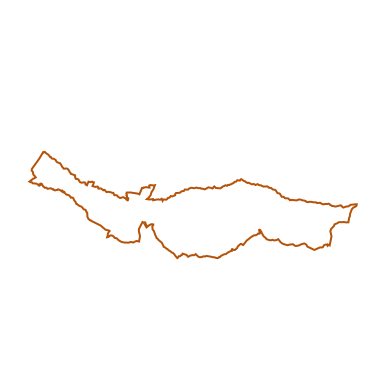 Stefesti, Prahova, Romania, rotated 130°
{"feature_id": "2599482B54768609949993", "entity_name": "Stefesti", "entity_type": "district", "adm_level": 2, "iso_a3": "ROU", "parent_name": "Romania", "parent_adm1": "Prahova", "projection": "albers", "projection_center": [25.865, 45.269], "detail": "fine", "context": "isolated", "style": "outline", "palette": "amber", "viewbox_px": 384, "rotation_deg": 130, "n_neighbors": 0, "source": "geoboundaries", "source_scale": "gbopen_adm2", "svg_char_len": 6078}
<svg xmlns="http://www.w3.org/2000/svg" viewBox="0 0 384 384"><g transform="rotate(130 192 192)"><path d="M288.5,323.2L288.1,321.6L287.5,320.7L287.7,319.6L285.5,316.4L285.4,314.0L285.2,314.0L285.4,313.3L283.8,313.5L283.9,312.8L282.6,313.0L282.4,311.8L283.1,311.0L283.1,309.9L283.4,309.5L283.2,308.3L283.4,307.6L282.3,306.3L282.4,304.7L279.9,302.6L279.6,301.2L279.6,300.5L279.0,300.1L279.2,299.0L278.7,297.8L277.6,297.2L277.2,296.6L276.0,296.3L275.3,294.0L275.2,292.3L274.7,292.8L274.4,292.5L274.6,292.2L274.1,290.2L274.8,290.2L274.5,288.1L274.7,286.5L273.8,284.9L273.6,284.1L273.7,282.8L274.2,281.1L273.4,280.6L273.0,279.0L274.2,276.7L274.5,274.8L275.5,272.8L275.1,272.0L275.2,270.6L274.8,268.6L274.3,267.4L274.4,265.9L274.9,263.8L274.2,262.4L274.2,261.9L274.5,261.0L275.2,260.1L275.2,259.0L278.2,256.2L279.2,254.0L279.2,252.4L278.9,251.7L279.1,251.6L276.4,240.3L276.5,234.2L274.7,230.3L274.8,230.0L275.9,230.1L277.4,229.8L278.8,229.2L279.6,228.5L281.2,227.9L280.3,227.2L277.9,226.7L276.8,225.4L276.4,223.5L276.9,221.9L276.8,221.4L276.1,220.5L275.9,219.9L276.1,217.2L275.9,215.7L275.5,213.8L274.1,211.1L273.2,210.2L271.7,208.1L269.5,206.7L268.4,204.4L266.9,204.0L265.0,202.8L264.0,200.7L259.5,203.3L257.9,205.1L256.7,207.0L254.5,208.9L246.8,210.6L246.5,209.4L245.6,209.4L245.8,209.4L245.4,208.4L245.6,207.8L246.2,207.1L246.7,205.7L247.1,205.9L247.4,206.7L248.4,204.1L244.8,203.4L243.6,202.9L242.6,202.2L241.7,200.8L242.0,200.5L243.8,200.3L245.9,198.3L246.5,195.9L248.7,192.2L249.4,190.5L250.1,189.5L249.9,188.7L250.3,186.3L250.2,182.7L251.6,179.3L252.2,178.6L251.8,177.1L251.8,175.0L251.5,174.1L251.7,172.5L251.3,170.5L251.4,169.0L250.9,167.3L251.0,165.8L251.6,163.8L252.1,160.8L251.6,160.6L249.7,160.8L248.8,159.8L247.4,159.7L246.5,159.2L245.3,159.6L243.8,156.0L243.7,155.4L244.2,153.9L244.0,153.2L242.1,152.6L240.2,151.2L238.9,149.6L237.2,149.2L237.5,145.6L237.0,144.2L235.6,142.7L233.8,141.8L232.8,140.3L231.7,139.9L229.0,135.2L228.4,133.8L227.5,132.8L227.1,131.2L226.2,129.9L224.8,129.2L224.3,129.4L223.6,128.7L222.5,128.8L219.4,127.5L217.6,126.1L215.5,125.7L212.2,124.3L211.6,123.7L210.7,124.5L210.0,124.6L209.7,124.2L209.7,122.8L208.8,121.9L206.3,121.4L204.0,121.9L200.6,121.4L200.0,120.8L199.9,119.0L199.7,118.7L194.3,118.9L188.3,117.7L185.3,116.6L184.2,115.4L182.8,114.8L181.2,114.6L180.7,113.6L180.3,113.4L180.0,113.5L179.8,114.0L179.1,114.6L178.0,116.2L177.5,116.1L177.3,115.5L177.8,113.6L178.5,112.4L179.8,108.9L179.9,107.7L179.8,106.4L180.2,104.9L180.1,104.2L178.9,101.3L178.0,100.3L176.9,99.7L176.5,98.2L174.7,96.5L172.7,95.6L173.5,92.0L173.4,89.6L172.7,87.5L171.3,84.6L169.8,83.6L167.1,81.1L167.1,79.2L166.8,78.1L166.2,77.4L164.2,75.7L162.6,75.1L159.6,73.2L159.1,72.6L158.9,71.8L159.0,69.8L159.7,68.6L157.7,61.0L152.1,58.3L151.0,56.8L150.1,56.3L148.2,56.7L147.3,56.4L146.0,55.5L145.7,54.6L145.3,54.5L146.0,53.5L144.1,53.1L144.0,52.9L144.1,52.4L136.3,56.6L133.1,60.8L130.8,61.7L126.8,61.4L125.2,62.0L122.2,60.5L121.2,60.3L120.2,59.6L118.5,57.4L117.3,56.3L116.3,54.5L114.7,52.7L111.1,54.9L109.3,55.4L107.0,56.9L102.4,58.5L100.4,58.4L97.5,57.2L96.5,57.3L95.5,58.0L99.9,62.3L102.0,62.8L102.9,63.3L103.8,64.4L106.6,66.0L106.8,66.9L106.5,68.4L106.6,69.5L110.6,72.4L111.2,73.1L111.6,74.1L112.8,76.0L112.8,77.0L113.1,78.0L112.9,79.0L113.1,79.8L114.3,80.7L115.6,82.4L117.1,83.4L117.8,85.4L117.7,86.5L118.2,87.0L118.5,87.6L120.0,89.0L120.2,90.4L121.2,91.4L123.2,94.8L124.3,96.0L125.4,96.7L126.0,97.9L125.8,98.7L126.5,100.8L127.3,101.8L128.0,103.9L129.1,105.4L130.7,106.1L131.6,107.0L133.7,110.2L134.4,110.7L134.5,111.3L135.3,111.7L135.1,114.2L136.8,116.5L137.0,116.9L136.8,118.8L138.0,120.2L136.9,123.4L137.0,124.3L137.9,125.8L136.9,128.9L137.1,129.9L138.1,131.7L138.1,134.0L138.7,134.6L138.8,135.4L139.4,136.2L139.2,137.6L139.4,138.1L141.8,140.6L142.4,142.2L142.5,143.4L143.2,144.3L143.7,145.4L143.8,146.8L145.9,147.9L146.1,149.8L147.7,151.1L148.3,154.0L148.5,154.6L149.3,155.1L149.5,156.2L149.8,156.7L149.7,158.0L150.3,159.7L150.3,161.8L150.5,162.5L151.0,162.8L152.5,162.6L153.9,164.9L155.7,164.9L157.1,166.0L158.5,165.9L159.6,166.7L160.5,166.7L161.8,167.7L162.7,167.9L163.4,169.0L164.7,169.1L165.3,170.7L166.6,171.1L167.9,171.9L170.4,172.4L171.1,172.8L173.6,176.3L173.4,178.5L174.0,178.7L175.5,178.4L176.2,178.6L176.7,180.2L177.9,182.4L181.8,183.9L182.7,186.1L183.5,187.0L183.7,188.2L185.3,190.0L185.6,191.3L187.7,192.7L189.1,195.2L190.9,196.3L192.9,196.7L194.7,199.1L196.4,198.9L198.1,200.4L200.4,200.8L203.1,203.6L204.2,203.6L205.3,202.8L208.1,204.3L208.8,205.7L210.7,205.6L212.1,206.6L213.8,206.5L214.7,207.1L215.7,208.7L216.2,209.1L217.7,208.8L216.7,210.9L218.3,211.4L219.6,213.4L223.3,216.5L222.5,217.3L224.9,219.5L226.4,221.9L223.8,221.5L220.9,221.7L218.2,222.9L214.8,223.3L210.7,224.8L211.5,225.4L213.5,228.4L214.6,228.9L216.0,227.4L217.8,230.3L219.2,231.3L219.4,231.8L220.6,232.1L221.0,232.9L227.6,230.8L228.1,232.5L231.9,238.8L234.3,241.6L235.3,241.4L236.0,240.2L236.8,240.0L236.8,239.3L237.7,238.5L237.8,236.8L238.0,236.5L239.6,235.8L239.9,236.1L240.0,236.8L239.6,239.2L239.9,239.8L240.0,241.0L240.5,241.7L242.7,243.0L243.0,244.0L243.2,246.0L242.8,247.0L243.1,247.9L244.2,249.2L244.2,250.0L243.2,251.7L243.9,252.5L244.4,254.0L245.4,255.9L247.0,257.4L246.6,260.3L246.9,260.8L247.5,260.8L247.7,261.0L247.8,264.1L249.6,265.9L249.5,266.2L248.6,266.9L248.6,267.9L250.3,269.4L251.4,272.0L247.7,273.3L248.1,274.2L248.1,274.9L249.8,276.2L250.6,277.9L254.4,276.8L254.6,277.9L254.6,278.5L253.6,279.6L253.6,280.2L254.3,281.3L255.1,281.8L256.0,282.8L256.4,284.3L255.4,287.1L255.6,287.9L256.5,289.0L256.6,289.7L255.9,290.6L255.6,291.4L254.7,291.9L254.4,292.5L256.0,296.5L255.4,297.5L255.4,298.3L254.5,300.6L254.3,301.8L254.3,302.5L254.7,303.3L256.6,305.2L256.1,307.8L255.1,310.3L255.0,311.1L254.8,311.4L255.9,314.5L255.8,315.7L255.2,316.7L255.2,318.0L255.6,319.6L256.4,320.8L256.4,321.5L255.9,322.7L256.4,323.4L256.0,324.4L255.8,326.2L256.1,329.3L255.9,330.2L256.4,331.2L257.3,331.1L257.4,331.6L264.9,330.4L277.2,329.5L278.6,328.7L278.9,326.8L280.6,324.8L280.9,322.6L281.3,321.1L283.3,321.8L283.8,322.2L288.5,323.2Z" fill="none" stroke="#b45309" stroke-width="2"/></g></svg>